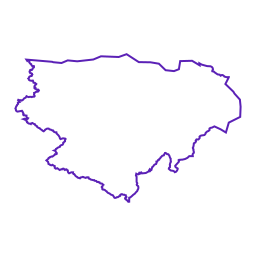 Cengel, Bayan-Ölgiy, Mongolia (Natural Earth projection)
{"feature_id": "93677404B33913875876720", "entity_name": "Cengel", "entity_type": "district", "adm_level": 2, "iso_a3": "MNG", "parent_name": "Mongolia", "parent_adm1": "Bayan-Ölgiy", "projection": "natural_earth1", "projection_center": [88.102, 48.774], "detail": "fine", "context": "isolated", "style": "outline", "palette": "violet", "viewbox_px": 256, "rotation_deg": 0, "n_neighbors": 0, "source": "geoboundaries", "source_scale": "gbopen_adm2", "svg_char_len": 5719}
<svg xmlns="http://www.w3.org/2000/svg" viewBox="0 0 256 256"><path d="M129.2,201.7L129.2,197.7L130.3,197.4L132.2,195.8L133.1,194.9L134.9,193.6L135.9,192.3L137.2,191.1L137.5,190.0L137.8,189.8L138.3,188.5L138.4,187.1L138.2,186.5L138.1,186.1L136.9,185.2L136.7,184.6L137.3,183.2L136.6,182.0L136.6,176.7L135.9,175.5L136.3,173.7L137.7,174.4L138.4,174.3L139.7,173.8L139.4,173.4L139.0,173.3L139.3,172.7L139.5,172.7L139.3,173.0L140.3,173.5L140.5,173.4L141.3,172.5L141.6,172.8L141.2,173.0L141.9,173.4L145.8,173.0L148.7,171.4L148.9,170.6L149.8,169.2L150.1,169.5L149.1,171.4L149.9,171.3L150.6,170.4L151.4,170.0L152.2,167.1L153.1,166.5L154.1,165.0L155.5,164.1L156.1,164.0L156.5,163.0L156.4,161.6L157.3,161.5L157.9,160.2L159.0,159.4L158.9,159.8L159.2,159.7L159.4,158.9L160.3,158.2L160.6,157.4L161.3,156.9L162.2,155.8L163.9,155.3L164.1,154.4L165.0,153.4L165.0,153.0L165.4,152.9L166.4,153.4L167.0,154.1L168.4,154.3L169.4,155.8L170.0,157.7L170.7,158.7L170.6,160.1L170.9,161.3L170.9,161.8L170.6,162.0L170.5,162.7L170.2,163.1L169.8,164.8L170.1,165.4L169.9,166.1L170.0,167.1L169.1,167.8L168.8,168.8L169.4,169.4L170.8,170.5L173.0,170.8L174.2,171.4L174.8,172.2L176.1,171.7L177.0,170.6L177.6,169.4L177.7,168.5L175.8,167.3L175.3,166.6L175.2,165.8L178.9,161.7L178.6,160.1L179.1,159.8L179.5,160.1L180.7,159.7L182.1,159.7L185.1,159.0L187.5,157.8L189.3,156.1L192.8,156.1L192.6,154.4L193.0,153.6L193.7,153.0L193.9,152.4L193.7,151.9L193.8,151.4L193.4,150.4L193.5,149.3L193.2,149.1L192.8,147.9L193.3,147.0L193.3,146.7L193.6,145.8L193.6,145.1L193.8,144.5L193.8,143.5L194.1,143.1L195.4,142.5L196.0,141.2L195.7,140.5L196.5,139.4L198.3,139.5L198.9,139.0L199.7,137.9L199.5,136.7L199.8,136.3L200.7,135.7L202.3,135.3L203.0,135.3L204.5,135.0L205.6,133.6L205.7,132.8L207.4,131.3L208.3,131.1L209.4,130.2L209.6,129.9L209.4,128.9L209.5,128.5L210.4,127.9L212.0,127.6L214.4,126.4L220.8,129.4L225.9,132.5L228.8,122.6L240.2,116.9L240.6,106.7L239.9,99.6L234.5,93.6L233.4,91.7L225.4,84.0L228.8,77.3L228.8,77.1L226.7,77.2L224.4,76.6L223.9,75.9L222.7,75.1L221.9,75.0L220.6,75.7L219.7,74.7L217.6,74.4L214.7,72.4L213.9,71.6L213.1,71.5L212.9,71.1L212.3,71.1L212.3,70.5L213.0,69.3L212.6,67.9L212.0,67.1L210.6,66.3L207.1,66.1L201.7,64.6L199.4,63.3L199.6,65.3L192.1,60.8L180.2,61.1L178.9,69.2L174.0,71.1L165.6,70.2L158.9,63.7L150.5,62.3L138.8,62.1L126.6,54.2L118.7,57.0L101.0,56.3L93.3,59.5L77.3,61.3L67.7,60.4L61.5,63.0L53.2,62.2L52.2,61.8L26.4,59.6L27.3,61.0L28.2,60.4L28.9,60.6L29.4,61.3L29.2,62.3L30.5,63.9L31.1,64.1L31.1,64.5L32.2,66.0L33.9,66.1L34.0,66.5L33.9,67.4L32.6,68.3L32.5,69.2L32.1,69.8L31.4,70.1L30.9,69.8L30.2,70.0L30.1,70.7L29.6,71.3L29.8,71.6L29.7,72.3L30.3,73.2L31.2,73.2L32.0,73.7L32.0,74.3L32.3,74.6L31.9,75.1L31.9,75.7L31.6,76.0L30.5,76.1L29.5,76.6L29.1,77.1L29.1,77.6L28.3,78.5L28.7,78.8L28.9,79.8L29.7,80.4L31.5,80.8L32.2,80.6L32.9,80.6L33.5,82.7L35.0,82.9L35.4,83.2L35.5,83.6L36.3,84.0L36.2,84.4L35.3,84.8L34.4,86.3L34.5,86.8L35.1,87.3L34.4,87.7L34.4,88.1L35.0,88.7L36.6,89.3L37.0,89.7L38.4,89.7L38.9,90.5L38.2,91.5L36.9,91.8L36.1,91.7L35.1,92.6L34.1,92.9L34.2,93.7L34.0,94.6L34.7,96.0L34.3,96.6L32.4,96.8L31.8,97.1L31.4,96.9L29.9,96.8L28.7,97.1L27.9,96.9L26.5,96.2L25.7,97.6L24.1,98.4L23.1,99.7L22.3,100.3L21.5,100.6L21.1,100.2L19.4,100.2L18.3,99.8L18.1,100.2L18.8,100.7L19.7,102.0L17.9,102.6L18.1,103.9L17.1,104.8L17.0,105.5L16.3,106.2L15.4,108.6L15.9,109.2L15.9,110.1L16.1,110.7L17.1,111.5L17.6,111.6L22.0,110.8L22.7,111.8L22.7,112.4L23.1,112.8L23.6,113.7L23.6,114.2L23.2,114.4L23.4,115.1L23.7,115.3L24.8,115.3L26.4,115.6L26.2,116.1L26.6,116.9L27.2,117.8L28.1,118.2L27.6,118.9L27.1,119.0L24.6,118.7L23.5,119.1L24.7,119.5L25.0,119.8L25.7,119.8L26.3,120.3L26.4,121.0L27.1,121.5L26.9,121.9L27.0,122.3L28.2,123.2L29.2,123.7L30.3,123.7L30.9,124.1L31.4,123.3L32.5,123.0L33.5,123.8L34.9,124.2L35.3,125.3L36.8,126.0L37.2,127.0L38.6,127.9L39.7,128.2L40.3,129.0L42.0,130.1L42.5,130.7L43.7,131.3L45.0,130.1L45.1,129.7L47.1,128.6L48.7,128.6L49.5,129.4L50.8,129.6L51.4,130.1L52.9,130.4L52.9,130.8L53.5,131.0L53.8,131.7L54.3,132.0L55.4,132.4L56.4,132.3L56.6,133.5L58.6,135.5L59.7,137.3L59.9,138.4L60.5,139.1L63.0,138.3L65.2,138.6L65.6,139.0L64.9,140.4L65.0,141.3L63.2,142.7L63.3,143.5L62.6,144.7L60.7,145.4L60.0,146.1L60.0,146.7L57.5,147.8L56.5,148.8L56.0,148.9L55.4,150.1L54.3,150.5L55.5,151.0L55.9,152.1L56.8,153.1L56.7,153.9L55.8,154.3L55.0,154.2L54.6,154.9L52.4,156.6L51.3,156.5L50.3,157.2L49.7,157.2L49.5,157.6L48.6,158.0L48.5,158.6L46.4,160.4L48.1,161.9L48.5,164.0L49.6,164.4L50.2,165.0L50.8,165.2L51.6,165.3L52.5,164.8L53.7,165.7L54.7,166.0L54.8,167.3L54.7,167.8L55.6,168.6L55.9,168.7L57.3,168.2L59.7,170.0L61.2,169.3L62.0,169.4L62.3,168.9L63.2,168.6L63.9,168.8L64.2,169.5L64.9,170.0L65.9,169.3L66.5,169.3L66.8,169.6L67.0,170.0L67.8,170.4L67.8,171.3L68.2,172.5L69.1,173.3L71.4,172.3L73.0,172.3L72.9,172.8L73.3,173.8L73.7,174.1L74.3,174.1L75.4,175.8L76.5,176.7L77.2,177.0L77.6,177.6L80.0,178.3L80.5,177.5L81.8,177.3L82.5,176.9L83.4,177.0L84.2,177.5L85.1,177.6L85.7,177.9L87.1,177.2L87.8,177.6L88.5,177.4L88.9,178.6L89.9,178.9L90.6,179.5L93.1,180.1L94.2,180.1L94.5,180.7L96.3,181.0L97.1,182.0L98.3,181.9L98.9,182.4L99.5,182.3L99.7,182.8L100.3,183.4L102.0,183.6L103.3,184.8L102.8,185.1L102.6,186.0L102.3,186.5L101.8,186.7L101.7,187.1L102.3,187.8L102.4,188.3L102.2,188.9L102.5,189.4L103.2,189.7L104.1,189.7L104.7,189.9L106.2,191.2L106.7,191.4L107.1,192.1L108.2,193.0L109.6,193.5L110.7,194.5L112.9,195.3L114.5,197.8L115.3,197.9L116.6,197.5L117.0,197.1L118.0,197.1L119.1,196.2L119.9,196.1L120.4,195.5L120.3,194.8L121.3,194.2L122.2,194.2L123.2,194.8L124.3,194.7L125.1,195.2L125.8,195.3L125.8,196.1L126.4,196.7L126.3,197.5L125.1,198.1L125.1,198.7L126.5,200.0L127.3,200.4L127.9,201.5L128.6,201.8L129.2,201.7Z" fill="none" stroke="#5b21b6" stroke-width="2"/></svg>